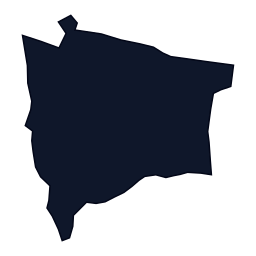 Estância Velha, Rio Grande do Sul, Brazil (Natural Earth projection)
{"feature_id": "56859067B57024538505568", "entity_name": "Estância Velha", "entity_type": "district", "adm_level": 2, "iso_a3": "BRA", "parent_name": "Brazil", "parent_adm1": "Rio Grande do Sul", "projection": "natural_earth1", "projection_center": [-51.188, -29.652], "detail": "fine", "context": "isolated", "style": "filled", "palette": "ink", "viewbox_px": 256, "rotation_deg": 0, "n_neighbors": 0, "source": "geoboundaries", "source_scale": "gbopen_adm2", "svg_char_len": 811}
<svg xmlns="http://www.w3.org/2000/svg" viewBox="0 0 256 256"><path d="M101.5,34.0L74.9,30.0L77.2,23.0L70.8,15.4L58.4,21.9L66.1,33.4L59.0,48.0L41.2,41.5L22.5,35.4L27.4,65.5L27.8,83.1L31.8,101.2L30.8,109.7L25.3,125.6L32.6,131.0L31.8,140.7L33.1,151.4L35.6,167.0L40.6,176.8L50.0,185.8L48.9,200.5L47.0,208.0L52.3,216.1L58.4,229.2L62.2,240.6L69.5,237.8L72.8,226.3L73.4,215.3L86.5,202.2L96.1,203.4L105.1,201.8L114.2,197.1L123.9,192.4L132.0,186.3L138.8,180.4L144.7,176.4L155.8,174.8L165.9,177.5L173.8,175.6L180.1,174.4L187.5,172.3L200.9,173.1L211.4,174.7L210.3,160.5L209.0,142.0L207.7,131.5L209.0,121.6L210.7,109.0L213.4,93.4L220.7,89.8L230.8,86.4L233.5,65.2L221.5,63.6L205.0,61.4L186.1,58.7L170.7,56.6L162.7,53.0L153.5,47.2L140.1,43.9L120.6,39.9L101.5,34.0Z" fill="#0f172a" stroke="#020617" stroke-width="1.5"/></svg>